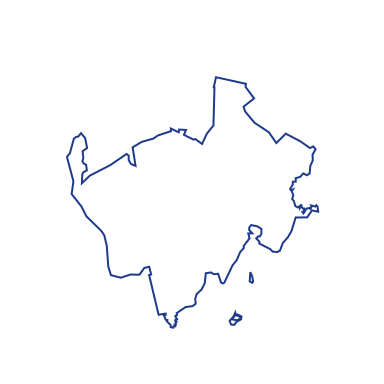 the district of Galway City East Lea-6, Galway, Ireland, rotated 313°
{"feature_id": "5873133B29107056882514", "entity_name": "Galway City East Lea-6", "entity_type": "district", "adm_level": 2, "iso_a3": "IRL", "parent_name": "Ireland", "parent_adm1": "Galway", "projection": "albers", "projection_center": [-9.004, 53.286], "detail": "fine", "context": "isolated", "style": "outline", "palette": "blue", "viewbox_px": 384, "rotation_deg": 313, "n_neighbors": 0, "source": "geoboundaries", "source_scale": "gbopen_adm2", "svg_char_len": 2509}
<svg xmlns="http://www.w3.org/2000/svg" viewBox="0 0 384 384"><g transform="rotate(313 192 192)"><path d="M132.4,76.6L119.0,97.9L108.4,105.4L106.0,121.0L102.2,131.4L101.7,152.3L100.5,157.3L94.5,166.4L80.4,181.6L75.9,189.4L80.8,198.4L89.7,203.3L95.7,210.0L104.0,208.9L108.1,211.7L103.8,218.4L102.0,217.3L80.3,250.0L79.5,251.4L82.9,253.9L85.1,255.7L84.1,256.6L82.5,255.7L80.7,260.0L81.5,261.3L80.3,261.8L80.1,267.0L78.7,268.6L79.8,270.7L81.0,270.1L82.2,271.3L83.0,270.1L83.3,270.9L84.5,270.3L86.2,267.9L86.8,268.8L87.5,267.1L88.8,267.8L89.8,264.4L92.0,264.9L93.0,263.4L103.5,265.8L109.0,270.3L112.8,270.9L115.9,267.3L120.5,265.0L127.3,265.5L133.9,263.6L142.0,257.5L146.2,260.8L146.7,263.9L150.0,266.9L145.6,274.9L146.1,276.9L147.6,277.5L165.9,271.7L172.8,271.1L180.9,268.2L186.4,268.1L187.6,266.6L197.3,265.7L200.1,261.4L202.9,264.3L203.2,259.6L205.3,258.0L208.2,257.9L211.4,263.1L212.3,267.9L208.9,271.2L205.8,271.9L204.6,270.6L201.9,270.6L201.6,275.2L200.2,276.4L203.6,288.2L203.4,291.6L206.2,295.3L209.1,296.3L216.7,293.2L224.3,293.0L231.3,291.4L244.1,285.2L251.9,293.5L260.3,292.3L263.7,297.7L267.0,293.7L267.1,291.9L265.5,292.1L263.4,288.3L262.9,289.5L259.6,290.5L261.2,289.3L258.0,287.1L252.4,288.1L252.7,286.3L254.6,287.0L256.4,285.3L255.5,284.3L256.2,281.6L257.7,280.4L253.7,281.8L254.7,280.3L252.8,279.9L252.2,277.1L254.9,272.6L255.2,270.0L258.7,268.3L260.7,264.2L262.5,264.0L260.8,263.2L261.0,261.8L266.4,260.5L268.2,258.7L270.4,260.8L272.8,258.4L276.9,260.8L281.5,260.7L282.6,264.6L285.7,265.4L291.7,260.8L297.5,258.8L301.5,254.7L307.5,253.3L308.1,249.7L304.6,248.3L302.9,236.4L298.6,220.8L285.3,220.3L288.1,207.6L285.3,190.5L287.1,176.0L289.6,171.5L302.8,173.6L305.4,159.4L307.9,157.7L292.3,131.3L283.4,136.5L283.8,137.1L255.3,162.3L244.7,163.1L234.0,166.6L233.0,158.3L231.3,157.3L228.3,147.1L233.3,145.3L228.9,140.0L226.6,141.6L224.0,133.3L222.1,135.1L210.3,128.6L204.5,127.2L194.5,121.1L184.2,118.1L172.6,132.9L170.9,128.2L172.2,123.9L175.4,121.0L175.2,118.2L156.0,113.9L134.2,106.1L123.3,105.5L130.1,99.7L132.2,99.0L136.0,100.4L139.7,96.0L139.0,93.5L139.7,90.9L142.8,89.3L147.2,84.2L152.6,85.3L158.6,77.1L159.3,70.7L154.8,71.0L153.3,69.6L150.3,69.3L137.2,76.2L132.4,76.6ZM132.0,308.4L133.8,312.6L131.9,313.6L128.8,312.4L126.0,307.9L132.1,307.7L133.3,305.9L129.3,307.3L123.4,307.4L121.7,311.0L123.6,313.5L127.4,313.1L132.3,314.7L134.7,313.1L133.4,308.6L132.0,308.4ZM171.4,293.5L173.2,289.3L166.0,295.1L166.7,298.0L168.3,297.7L171.4,293.5Z" fill="none" stroke="#1e3a8a" stroke-width="2"/></g></svg>